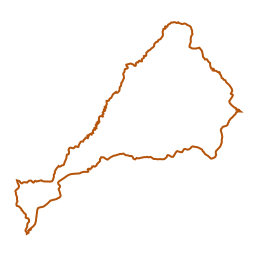 Calarca, Quindío, Colombia (Albers equal-area conic projection)
{"feature_id": "7082276B90066028966732", "entity_name": "Calarca", "entity_type": "district", "adm_level": 2, "iso_a3": "COL", "parent_name": "Colombia", "parent_adm1": "Quindío", "projection": "albers", "projection_center": [-75.682, 4.454], "detail": "fine", "context": "isolated", "style": "outline", "palette": "amber", "viewbox_px": 256, "rotation_deg": 0, "n_neighbors": 0, "source": "geoboundaries", "source_scale": "gbopen_adm2", "svg_char_len": 5750}
<svg xmlns="http://www.w3.org/2000/svg" viewBox="0 0 256 256"><path d="M216.2,154.9L215.8,153.5L215.8,151.9L216.0,151.1L220.2,146.6L221.8,142.4L221.7,140.0L222.3,136.8L221.7,133.5L220.9,131.0L220.9,129.5L221.1,129.1L223.0,126.7L225.8,126.0L227.4,125.1L228.1,123.1L228.7,122.3L228.8,121.3L229.5,120.3L230.8,118.5L232.4,117.3L234.3,115.1L235.4,114.3L236.2,112.4L236.9,111.9L238.8,111.4L240.6,111.5L239.6,110.7L239.1,109.9L238.7,109.8L237.7,109.4L236.6,109.9L236.3,109.8L236.1,108.5L235.7,107.9L234.5,107.6L233.1,106.4L231.1,104.7L229.6,102.7L229.3,101.1L232.1,97.0L232.9,95.2L232.3,94.4L231.1,94.1L230.8,93.6L232.2,91.1L232.1,89.9L231.7,88.7L229.7,85.6L228.6,84.4L226.3,82.4L225.4,80.3L223.8,79.8L223.1,78.7L221.7,77.9L221.0,75.4L219.1,72.8L219.3,72.6L219.8,72.9L219.7,72.4L219.3,72.1L218.3,72.2L217.6,72.0L216.5,71.0L215.9,70.8L213.3,70.6L212.6,70.4L212.6,70.0L213.9,69.8L213.9,69.2L212.5,68.5L211.2,68.5L210.2,65.9L210.1,63.0L208.5,61.8L207.0,59.4L206.3,59.2L205.0,59.5L204.4,58.4L203.4,57.3L202.9,56.4L202.9,55.1L201.9,50.9L199.4,47.7L196.2,48.5L192.8,48.5L191.6,48.2L189.5,46.9L189.5,45.7L190.8,41.9L190.7,38.8L191.0,37.0L191.5,35.6L192.4,34.5L192.5,33.9L192.1,32.9L192.1,30.5L191.4,29.1L191.2,28.1L190.6,26.8L189.9,26.1L186.8,24.7L186.1,24.0L185.4,23.7L184.5,23.5L182.3,24.1L178.6,22.9L178.1,22.3L177.5,22.8L176.6,23.0L175.2,22.3L173.9,22.2L172.2,22.6L171.3,22.5L170.2,23.6L168.2,24.6L167.3,26.6L165.5,26.3L165.1,26.6L165.0,27.2L165.6,28.0L165.6,28.4L165.2,28.7L163.4,29.0L163.2,30.1L162.6,31.7L162.9,34.4L162.9,35.5L162.7,36.0L160.5,39.1L158.7,39.9L158.2,40.4L157.8,41.6L156.3,41.9L154.3,44.0L154.1,44.7L154.2,45.8L153.8,46.6L151.4,48.5L149.9,50.0L148.8,50.6L148.3,50.6L148.0,51.3L146.4,52.6L146.2,55.6L145.5,56.1L144.4,55.8L143.9,56.0L143.9,57.8L141.7,59.3L142.0,60.8L141.9,61.3L141.4,61.4L139.9,61.1L139.3,60.7L138.4,61.5L138.2,62.4L136.8,62.4L135.9,63.3L135.8,65.5L135.5,65.8L134.4,65.8L133.4,64.6L130.7,63.5L126.3,64.7L126.5,65.9L127.7,67.1L127.8,67.9L126.8,68.7L125.3,68.9L124.7,69.7L124.5,71.5L124.1,72.3L123.4,73.3L123.2,74.0L123.8,76.1L124.0,78.1L122.8,80.4L122.5,81.5L121.2,83.1L121.4,83.8L120.8,86.2L119.8,87.1L119.4,90.7L117.7,92.6L116.3,92.8L116.0,92.0L113.5,93.8L112.8,94.7L111.2,97.8L109.6,98.8L108.8,100.6L108.1,100.9L106.6,100.9L106.6,102.5L106.9,104.0L106.3,105.0L106.0,106.3L104.9,106.6L104.6,106.9L104.8,107.3L105.8,107.9L103.8,109.4L104.0,110.1L105.1,110.2L105.0,110.6L104.6,111.1L103.3,111.6L102.7,112.7L103.5,113.8L102.4,114.8L102.4,115.3L103.0,116.4L102.8,116.6L101.7,116.2L100.5,116.2L99.7,116.5L99.4,116.8L99.0,117.8L98.9,119.3L99.3,121.5L98.2,121.4L97.8,121.7L98.7,122.7L98.6,123.1L97.7,123.8L96.9,123.0L96.6,123.1L96.7,124.8L96.0,124.8L95.7,125.0L95.8,125.6L96.5,126.6L96.1,127.4L96.4,128.3L96.1,128.4L94.7,127.8L94.4,127.9L94.3,128.4L95.0,129.2L95.1,129.7L94.8,129.9L94.0,129.7L93.4,129.9L92.8,131.2L93.2,133.0L91.7,133.3L91.7,134.6L91.4,134.7L90.6,133.9L90.3,133.9L89.1,134.7L88.6,136.1L88.3,136.1L87.7,135.4L87.4,135.5L87.4,135.8L88.2,137.0L88.0,138.0L87.6,138.2L86.4,137.5L85.8,137.6L84.7,139.2L83.7,139.9L83.2,141.5L81.4,141.5L80.7,141.8L78.9,144.9L78.4,146.9L77.8,147.0L75.7,146.3L75.1,146.5L74.4,147.6L73.6,148.2L72.6,148.2L70.8,147.6L69.7,147.9L69.1,148.5L68.5,150.0L69.1,151.7L68.9,153.4L68.5,154.3L67.3,154.4L66.8,155.0L66.3,158.5L64.5,162.5L63.9,164.7L63.5,165.1L61.6,165.5L60.9,166.2L60.0,166.6L59.4,166.6L58.7,166.0L56.4,168.6L54.8,171.6L54.9,173.1L53.8,174.8L53.9,177.0L53.2,178.7L53.1,179.7L51.9,181.3L50.0,181.6L43.7,181.4L42.2,181.0L41.4,180.3L41.1,180.4L36.5,181.5L35.6,180.9L35.1,180.9L34.5,181.3L33.9,182.4L33.5,182.6L32.9,182.4L31.2,180.7L30.5,180.5L29.0,180.8L27.0,182.6L25.2,182.2L23.8,182.3L23.1,182.5L22.0,183.3L21.5,183.3L20.8,182.9L19.4,181.1L17.0,180.4L17.7,183.0L18.6,184.8L19.0,185.9L18.9,186.8L18.4,188.1L16.0,190.1L15.4,191.0L15.4,191.5L15.9,192.4L15.9,193.8L16.2,195.0L17.1,197.4L17.0,199.7L17.4,201.3L16.6,202.9L16.4,205.0L16.9,205.9L18.7,206.3L20.6,208.1L21.4,209.0L21.5,210.0L22.0,210.2L24.1,213.0L25.4,213.9L25.9,215.0L25.7,217.6L26.4,218.0L27.9,218.3L28.1,218.7L28.8,219.2L29.0,219.5L29.1,220.5L29.0,221.8L28.2,222.5L27.3,224.1L27.1,226.9L25.5,230.0L25.6,231.2L26.7,232.3L26.8,233.8L28.4,232.9L28.7,232.2L28.7,230.6L29.1,229.7L30.1,229.1L29.0,230.1L29.5,230.1L30.2,229.5L30.6,229.8L30.9,229.2L30.5,228.7L30.3,228.7L33.3,226.3L35.0,224.2L35.8,221.5L37.3,209.8L38.0,208.2L39.5,207.5L43.6,206.6L47.7,203.4L50.4,200.6L56.7,199.0L57.8,198.2L59.3,197.6L60.3,196.6L60.6,195.7L60.5,195.0L59.6,191.6L58.6,189.1L60.0,186.9L60.1,186.2L59.8,185.5L58.6,184.5L58.2,183.6L58.2,182.6L58.8,181.5L64.7,177.6L66.6,176.2L68.6,175.0L70.2,174.3L72.6,173.9L79.6,173.4L80.6,172.9L80.9,172.6L84.1,171.8L87.3,171.9L88.3,171.6L88.4,170.9L87.7,169.6L88.2,168.8L88.7,168.7L90.4,169.2L91.1,168.2L92.0,167.5L92.2,166.5L92.9,166.6L93.8,166.1L94.5,166.6L95.0,166.6L96.4,165.6L97.0,164.0L97.9,163.4L98.1,162.8L99.8,161.5L100.1,160.8L99.9,159.1L100.7,158.3L101.2,157.2L103.8,157.4L105.8,158.9L106.5,159.1L107.2,159.6L107.6,159.6L110.1,157.6L113.7,155.7L115.3,155.5L120.3,153.9L121.6,154.0L123.0,153.6L123.7,153.7L125.1,154.8L126.1,155.2L128.0,155.4L129.6,156.0L131.4,156.0L132.0,156.2L132.8,157.2L133.4,158.7L135.0,159.4L135.6,159.0L136.5,158.0L138.3,158.4L144.2,157.1L145.9,157.2L147.2,156.8L148.7,157.4L150.2,156.9L150.8,157.0L153.7,159.0L155.4,158.9L157.6,159.3L159.8,159.1L163.1,159.3L164.5,159.0L166.6,157.2L167.2,155.6L167.7,155.1L168.6,155.2L171.5,156.8L173.2,156.8L176.2,151.9L177.1,151.1L180.9,152.2L182.2,152.0L184.0,149.2L185.0,148.9L187.3,149.6L188.3,149.6L189.8,148.8L191.7,146.9L192.6,146.4L198.0,147.4L201.8,149.4L202.4,150.1L202.8,151.3L203.9,152.1L204.9,153.9L208.3,156.1L210.8,158.5L211.9,158.6L214.8,157.3L215.4,156.8L215.6,155.8L216.2,154.9Z" fill="none" stroke="#b45309" stroke-width="2"/></svg>